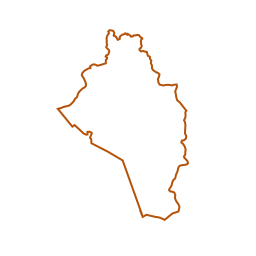 Batang Padang, Perak, Malaysia (Natural Earth projection), rotated 342°
{"feature_id": "92858781B72940108460655", "entity_name": "Batang Padang", "entity_type": "district", "adm_level": 2, "iso_a3": "MYS", "parent_name": "Malaysia", "parent_adm1": "Perak", "projection": "natural_earth1", "projection_center": [101.36, 4.122], "detail": "fine", "context": "isolated", "style": "outline", "palette": "amber", "viewbox_px": 256, "rotation_deg": 342, "n_neighbors": 0, "source": "geoboundaries", "source_scale": "gbopen_adm2", "svg_char_len": 3149}
<svg xmlns="http://www.w3.org/2000/svg" viewBox="0 0 256 256"><g transform="rotate(342 128 128)"><path d="M139.0,30.2L139.2,32.0L137.8,33.0L136.7,33.9L135.7,35.2L135.2,36.6L134.8,38.4L134.2,39.7L133.9,41.5L133.7,42.9L132.6,43.7L132.3,44.7L133.1,46.4L133.8,47.7L133.9,49.2L133.1,50.4L132.1,51.8L131.0,52.2L129.7,52.2L128.8,53.2L129.8,54.1L129.9,54.9L129.0,56.0L128.1,56.3L127.7,57.2L126.9,59.6L122.0,59.6L118.1,59.3L117.1,58.1L116.0,57.3L114.7,56.8L113.7,56.8L111.0,57.6L110.7,59.5L109.1,59.1L104.5,60.0L101.7,61.5L100.4,63.3L100.7,65.4L101.3,66.8L101.7,71.6L101.5,73.8L100.6,75.3L99.1,76.0L97.1,76.4L94.4,77.6L92.5,78.7L91.0,80.0L89.8,81.9L88.8,83.0L86.6,83.9L84.8,85.7L82.9,86.8L80.7,87.9L78.8,88.5L76.6,88.3L73.1,88.1L70.7,88.3L67.2,88.1L75.5,109.5L78.1,108.7L84.3,119.8L85.6,120.9L86.5,121.6L87.5,121.6L88.2,119.2L90.5,119.8L92.0,121.4L91.3,122.7L90.4,123.8L89.2,125.0L88.9,125.9L89.6,127.2L88.5,131.2L101.6,144.4L112.9,157.2L114.5,212.6L114.2,212.3L114.5,217.1L118.6,216.2L125.9,220.6L128.8,222.1L130.4,223.0L131.8,224.3L132.6,224.8L134.4,226.7L143.9,223.0L150.1,223.0L151.3,221.2L152.6,218.8L152.4,216.2L151.3,212.7L151.0,209.1L152.3,206.3L152.1,203.6L150.1,202.1L148.6,201.4L147.8,199.7L148.8,198.6L151.5,196.4L153.1,193.8L154.8,191.6L156.9,190.7L157.8,189.8L159.3,187.1L161.0,185.4L162.6,183.0L164.0,180.8L165.5,179.9L168.2,180.1L170.4,180.6L172.6,180.8L174.2,180.1L174.3,177.7L172.4,173.7L172.4,172.4L174.3,170.9L175.1,168.4L176.2,166.4L176.2,163.1L175.5,160.3L174.3,158.3L175.3,156.6L177.2,157.0L179.9,155.9L181.0,153.5L180.5,151.0L181.2,148.9L182.1,146.6L183.5,143.1L184.0,140.0L183.7,137.9L185.5,136.1L186.6,134.1L187.2,131.3L188.2,129.9L188.8,129.6L185.2,119.7L183.4,116.9L183.4,113.7L183.9,110.9L184.2,107.7L185.7,106.0L187.4,103.7L187.7,101.7L185.4,101.1L183.0,101.1L180.5,99.7L177.7,98.8L174.8,98.5L171.5,96.5L171.0,94.5L171.5,90.8L173.3,88.8L174.5,86.8L173.5,84.8L172.0,83.7L169.6,80.5L169.3,78.5L170.1,76.0L170.0,74.8L169.7,73.6L170.2,72.5L171.0,71.2L170.8,70.5L170.3,69.2L170.6,68.1L170.8,66.9L169.3,65.6L169.2,63.4L169.4,62.4L169.3,61.2L167.9,60.8L167.4,60.3L166.5,59.6L165.9,59.4L165.0,59.3L164.0,59.1L163.6,58.3L163.2,57.6L163.1,57.0L163.5,56.3L164.3,55.9L165.1,55.8L165.4,55.5L165.9,54.8L166.5,54.0L166.5,53.4L166.3,52.5L166.4,51.8L166.7,51.3L166.8,50.8L166.8,50.1L167.0,49.4L167.4,48.8L167.7,48.5L167.9,48.0L168.3,47.6L168.7,47.4L169.2,47.5L169.3,47.3L169.2,46.9L169.0,46.5L168.5,46.1L167.6,44.8L167.4,44.2L167.4,43.6L166.8,42.8L166.3,42.6L165.1,42.3L164.3,42.3L163.8,42.3L163.3,42.1L162.4,41.8L161.7,41.7L161.2,42.2L160.7,42.4L160.4,42.2L159.7,41.9L159.3,42.1L158.9,41.9L158.8,41.2L158.7,40.6L158.3,40.3L158.0,39.9L157.0,38.6L156.8,38.9L156.3,39.2L156.0,39.0L155.8,38.6L155.5,38.3L155.2,37.5L154.9,37.2L154.3,37.1L154.0,37.3L153.3,37.6L152.9,37.5L152.2,37.6L151.8,37.6L151.1,37.6L150.0,37.9L149.1,38.3L148.4,38.8L147.9,39.8L147.7,40.7L147.0,40.8L145.6,41.0L145.3,40.1L145.3,39.2L145.0,38.6L144.7,37.9L144.7,37.2L144.0,36.6L143.2,36.3L143.0,35.3L143.6,34.7L143.8,34.3L144.3,33.5L144.1,31.4L143.8,31.0L142.8,30.3L142.1,30.0L141.2,29.5L140.5,29.3L139.8,29.9L139.0,30.2Z" fill="none" stroke="#b45309" stroke-width="2"/></g></svg>